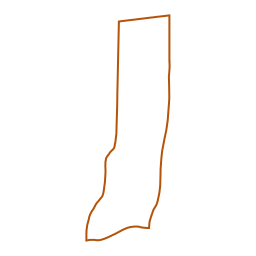 Thamud, Hadramawt, Yemen (Natural Earth projection)
{"feature_id": "15242507B77315063878707", "entity_name": "Thamud", "entity_type": "district", "adm_level": 2, "iso_a3": "YEM", "parent_name": "Yemen", "parent_adm1": "Hadramawt", "projection": "natural_earth1", "projection_center": [49.684, 17.639], "detail": "fine", "context": "isolated", "style": "outline", "palette": "amber", "viewbox_px": 256, "rotation_deg": 0, "n_neighbors": 0, "source": "geoboundaries", "source_scale": "gbopen_adm2", "svg_char_len": 4531}
<svg xmlns="http://www.w3.org/2000/svg" viewBox="0 0 256 256"><path d="M169.4,15.4L168.9,15.4L166.9,15.7L164.4,16.0L161.8,16.3L159.4,16.6L157.0,16.8L154.9,17.1L152.8,17.4L150.4,17.6L148.4,17.9L145.7,18.2L143.7,18.5L140.8,18.8L138.4,19.1L136.2,19.4L133.7,19.7L131.3,20.0L129.2,20.2L127.0,20.5L125.1,20.7L122.6,21.0L120.5,21.3L118.9,21.5L117.5,86.6L117.4,90.8L117.3,95.6L117.3,98.2L117.2,105.1L116.6,124.9L116.4,133.6L115.3,142.6L115.2,143.2L115.1,143.3L115.1,143.5L114.9,144.0L114.9,144.4L114.8,144.7L114.8,145.4L114.7,145.5L114.6,146.2L114.5,146.6L114.4,147.0L114.2,147.6L113.8,148.4L113.4,148.9L113.3,149.0L113.0,149.4L112.5,149.9L112.1,150.3L111.6,150.7L111.5,150.8L111.1,151.2L110.7,151.6L110.6,151.8L110.2,152.2L109.8,152.7L109.6,153.0L109.4,153.4L109.0,154.0L108.8,154.3L108.5,154.7L108.3,154.9L108.0,155.3L107.6,155.8L107.3,156.3L107.1,156.5L106.8,157.0L106.6,157.4L106.5,157.6L106.2,158.3L105.9,159.0L105.9,159.7L105.8,160.1L105.8,160.4L105.7,160.5L105.6,161.2L105.5,161.8L105.5,162.0L105.4,162.8L105.4,163.7L105.4,164.5L105.4,165.2L105.3,165.9L105.4,166.8L105.4,167.2L105.4,167.6L105.4,168.4L105.5,169.1L105.5,169.9L105.5,170.8L105.5,171.0L105.5,171.7L105.5,172.5L105.4,173.0L105.4,174.1L105.4,174.8L105.3,175.6L105.3,175.8L105.3,176.3L105.3,176.9L105.3,177.0L105.2,177.8L105.1,178.5L105.1,179.0L105.1,179.3L105.1,180.0L105.0,180.8L105.0,181.5L104.9,181.6L104.9,182.4L104.8,182.8L104.8,183.2L104.7,183.5L104.7,183.9L104.6,184.5L104.5,185.0L104.5,185.4L104.4,185.9L104.4,186.1L104.3,186.8L104.2,187.5L104.1,188.0L104.1,188.5L104.0,189.2L103.9,189.9L103.8,190.3L103.8,190.5L103.7,190.7L103.7,191.3L103.5,192.0L103.5,192.3L103.3,192.9L103.2,193.6L103.1,194.0L103.0,194.3L102.8,194.9L102.5,195.7L102.1,196.4L101.8,197.0L101.5,197.3L101.3,197.5L100.8,198.1L100.3,198.8L99.7,199.5L99.0,200.4L98.8,200.6L98.5,201.0L98.3,201.3L97.8,201.8L97.3,202.4L96.7,203.1L96.4,203.6L96.0,204.1L95.7,204.6L95.6,204.9L95.2,205.5L94.9,206.1L94.9,206.3L94.6,206.7L94.5,207.0L94.3,207.3L94.2,207.6L94.0,208.0L93.7,208.5L93.2,209.2L93.0,209.6L92.8,209.8L92.4,210.4L92.0,211.0L91.7,211.5L91.2,212.4L90.8,213.0L90.6,213.4L90.6,213.6L90.3,214.2L90.0,214.9L89.7,215.6L89.5,216.2L89.3,216.8L89.1,217.7L89.0,218.4L88.8,219.1L88.7,219.7L88.6,219.9L88.5,220.4L88.3,221.1L88.2,221.6L88.1,221.9L88.0,222.1L87.9,222.6L87.7,223.3L87.5,223.9L87.5,224.0L87.3,224.8L87.2,225.4L87.1,226.2L86.9,227.1L86.9,227.5L86.9,227.8L86.8,228.5L86.7,229.1L86.5,230.1L86.5,230.3L86.5,230.8L86.5,231.6L86.5,232.3L86.5,232.5L86.4,233.0L86.4,233.7L86.4,234.4L86.4,234.6L86.4,235.1L86.4,235.5L86.4,235.8L86.4,236.6L86.4,237.5L86.4,238.4L86.4,238.8L86.4,239.3L86.4,239.6L86.4,239.9L86.4,240.6L86.5,240.6L87.1,240.4L87.8,240.3L88.2,240.2L88.5,240.1L89.0,240.0L89.4,240.0L89.9,239.9L90.6,239.9L91.3,239.9L91.6,239.9L91.9,239.9L92.7,239.9L93.3,239.9L94.0,239.9L94.5,239.9L95.3,240.0L95.9,240.1L96.5,240.2L96.8,240.2L97.1,240.2L97.7,240.2L97.9,240.2L98.4,240.2L98.6,240.2L98.9,240.2L99.1,240.1L99.5,240.1L100.2,240.0L100.6,239.9L100.8,239.9L101.5,239.7L102.0,239.5L102.7,239.3L103.4,239.1L104.0,238.9L104.7,238.7L105.0,238.5L105.4,238.4L105.5,238.3L105.9,238.2L106.2,238.0L106.7,237.8L107.3,237.6L107.5,237.5L108.2,237.2L108.8,236.9L109.0,236.8L109.4,236.6L110.2,236.2L110.9,235.9L111.2,235.8L111.5,235.6L111.9,235.4L112.3,235.2L112.8,235.0L112.9,234.9L113.5,234.6L114.2,234.4L114.3,234.3L114.9,234.0L115.2,233.9L115.6,233.7L115.9,233.5L116.3,233.3L116.7,233.1L117.2,232.8L117.7,232.5L118.1,232.3L118.8,232.0L118.9,231.9L119.0,231.8L119.6,231.5L120.2,231.2L120.3,231.2L120.8,230.9L121.3,230.6L122.0,230.2L122.7,229.9L123.1,229.7L123.3,229.6L123.9,229.3L124.6,229.0L125.4,228.7L126.1,228.3L126.3,228.3L126.9,228.0L127.7,227.8L128.4,227.6L129.0,227.4L129.7,227.2L130.3,227.1L131.0,227.0L131.6,226.9L132.3,226.8L133.1,226.7L133.5,226.7L134.0,226.6L135.1,226.5L136.1,226.5L136.5,226.5L136.9,226.5L137.4,226.6L137.6,226.6L138.2,226.6L138.9,226.7L139.1,226.8L139.5,226.9L140.2,227.1L140.9,227.3L141.6,227.4L141.8,227.5L142.4,227.5L142.8,227.6L143.1,227.6L143.3,227.6L143.9,227.7L144.5,227.8L145.3,227.9L145.8,227.9L146.6,227.9L147.1,228.0L147.5,228.0L148.0,228.0L148.5,228.0L149.0,228.0L149.6,221.5L149.9,220.5L151.1,216.5L153.5,209.7L156.4,204.9L156.8,203.7L157.7,200.9L159.0,194.6L159.4,192.6L160.2,185.8L160.5,174.7L160.6,168.8L161.4,157.9L162.0,152.4L162.2,150.7L164.0,141.3L164.2,140.1L166.3,130.2L167.0,125.3L167.7,120.3L169.0,103.0L169.3,98.7L169.2,89.1L168.9,76.2L169.2,73.3L169.6,67.3L169.6,66.8L169.5,61.2L169.4,61.2L169.4,15.4Z" fill="none" stroke="#b45309" stroke-width="2"/></svg>